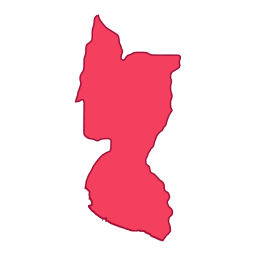 Ramón Santana, San Pedro de Macorís, Dominican Republic (Equal Earth projection)
{"feature_id": "3306468B54245916691578", "entity_name": "Ramón Santana", "entity_type": "district", "adm_level": 2, "iso_a3": "DOM", "parent_name": "Dominican Republic", "parent_adm1": "San Pedro de Macorís", "projection": "equal_earth", "projection_center": [-69.151, 18.515], "detail": "fine", "context": "isolated", "style": "filled", "palette": "rose", "viewbox_px": 256, "rotation_deg": 0, "n_neighbors": 0, "source": "geoboundaries", "source_scale": "gbopen_adm2", "svg_char_len": 5686}
<svg xmlns="http://www.w3.org/2000/svg" viewBox="0 0 256 256"><path d="M98.4,15.4L97.0,15.7L95.9,16.5L94.9,17.8L94.5,18.9L93.9,24.9L92.7,28.7L92.4,29.9L92.3,31.9L92.2,38.0L91.8,40.3L90.9,41.5L87.0,44.5L86.3,45.9L86.0,47.7L85.9,51.7L85.7,53.7L84.5,57.5L84.1,59.4L84.0,66.8L83.8,68.8L83.5,70.1L83.0,71.2L80.6,75.2L80.1,77.0L80.1,79.4L80.9,82.9L80.8,84.4L79.5,88.5L78.3,91.5L77.5,95.7L76.2,99.4L75.7,101.8L79.2,101.2L81.4,99.9L82.2,99.7L83.0,99.9L83.4,100.2L83.9,101.2L84.1,102.3L84.1,104.3L83.9,131.6L84.1,134.1L84.9,135.7L87.0,137.4L88.2,138.1L89.3,138.5L93.5,139.2L96.0,140.4L96.9,140.7L98.3,140.6L100.6,139.3L102.1,138.9L107.4,138.5L108.9,138.7L109.8,139.0L110.6,139.6L111.1,141.0L110.9,148.2L110.5,150.0L109.7,151.4L106.4,152.7L102.2,155.3L100.1,157.4L96.1,162.4L93.2,166.6L91.5,170.4L88.7,175.0L86.7,180.2L86.3,181.5L85.3,188.2L85.7,188.2L85.7,188.4L86.6,188.4L86.8,188.9L87.2,188.9L87.2,189.5L87.4,189.5L88.2,190.0L88.3,190.5L88.7,190.5L88.9,190.7L89.1,191.3L89.3,191.3L89.3,191.8L89.5,191.8L89.5,193.8L89.3,193.8L89.3,195.7L89.5,195.7L89.5,196.2L89.7,197.0L89.9,197.0L89.9,197.5L89.5,197.7L89.5,199.0L90.7,199.0L90.7,199.3L90.9,199.3L91.0,200.3L91.2,200.6L91.4,200.6L91.4,201.1L91.6,201.1L91.6,201.3L92.0,201.6L92.0,202.4L91.8,202.4L91.8,202.9L92.0,202.9L92.0,203.4L92.2,203.9L92.2,204.4L91.8,204.4L91.8,204.7L91.4,205.0L91.6,205.2L91.4,205.7L90.5,205.7L90.3,205.2L90.1,205.2L90.1,205.5L89.5,205.5L88.9,205.7L88.9,206.0L88.7,206.0L88.7,206.5L88.9,206.5L88.9,207.0L89.3,207.0L89.3,207.3L89.7,207.6L89.7,208.1L89.9,208.1L89.9,208.3L90.3,208.6L90.5,209.1L90.9,209.1L91.0,209.6L91.4,210.1L91.6,210.1L91.6,210.4L92.0,210.4L92.2,210.9L92.6,210.9L92.6,211.2L92.8,211.2L92.8,211.4L93.4,211.4L93.4,211.7L93.7,211.7L93.9,212.2L94.3,212.2L94.3,212.5L94.7,212.7L94.7,213.0L95.1,213.0L95.3,213.5L95.5,213.5L95.5,213.8L95.9,213.8L96.0,214.3L96.6,214.3L96.8,214.8L97.2,214.8L97.2,215.0L97.8,215.0L97.8,215.3L98.2,215.3L98.2,215.6L98.5,215.8L98.5,216.1L98.7,216.3L99.5,216.3L99.7,216.9L100.1,216.9L100.1,217.1L100.7,217.1L100.7,217.4L101.4,217.4L101.4,217.9L101.8,217.9L101.8,218.1L102.2,218.1L102.2,218.4L103.0,218.4L103.0,218.7L103.2,218.4L103.9,218.4L103.9,218.7L104.3,218.7L104.3,218.9L104.7,218.9L104.7,218.7L104.9,218.7L105.1,218.1L106.2,218.1L106.2,218.4L106.4,218.4L106.4,219.2L106.2,219.2L106.2,219.4L105.9,219.7L105.9,220.7L106.1,220.7L106.1,221.0L108.0,221.0L108.2,221.5L108.9,221.8L108.9,222.0L109.3,222.0L109.3,222.3L109.7,222.3L109.7,222.5L110.3,222.5L110.3,222.8L110.7,222.8L110.7,223.1L111.1,223.1L111.1,223.3L111.6,223.3L111.6,223.6L112.4,223.6L112.4,223.8L113.0,223.8L113.0,224.1L113.7,224.1L113.7,224.4L114.3,224.4L114.3,224.6L115.1,224.6L115.1,224.9L115.7,224.9L115.7,225.1L116.4,225.1L116.4,225.4L117.0,225.4L117.0,225.6L117.8,225.6L117.8,225.9L118.4,225.9L118.4,226.2L119.1,226.2L119.1,226.4L119.9,226.4L119.9,226.7L120.7,226.7L120.7,226.9L121.4,226.9L121.4,227.2L122.2,227.2L122.2,227.5L122.8,227.5L123.6,227.7L123.6,228.0L124.3,228.0L125.1,228.2L125.1,228.5L125.9,228.5L126.6,228.7L126.6,229.0L127.4,229.0L127.4,229.3L128.2,229.3L128.2,229.5L129.7,229.8L129.7,230.0L130.5,230.0L130.5,230.3L131.3,230.3L131.3,230.6L132.8,230.6L132.8,230.8L137.0,230.8L137.0,230.6L137.8,230.6L137.8,230.3L139.5,230.3L139.5,230.6L139.9,230.6L139.9,230.8L140.3,230.8L140.3,231.1L143.2,231.1L143.2,230.8L143.6,230.8L143.6,231.1L144.2,231.1L144.2,231.3L144.5,231.3L144.5,231.6L145.3,231.8L145.3,232.1L145.7,232.1L145.7,232.4L146.1,232.4L146.1,232.6L146.5,232.6L146.5,232.9L147.0,232.9L147.0,233.1L147.6,233.1L147.6,233.4L148.2,233.4L148.2,233.7L149.3,233.9L149.3,234.2L149.9,234.2L149.9,234.4L150.3,234.4L150.5,235.0L150.9,235.0L151.1,235.2L151.1,235.7L151.3,235.7L151.3,236.0L151.8,236.0L152.4,236.2L152.4,236.5L153.0,236.5L153.0,236.8L153.8,236.8L153.8,237.0L154.4,237.0L154.4,237.3L154.9,237.3L154.9,237.5L155.5,237.5L155.5,237.8L156.1,237.8L156.1,238.1L156.7,238.1L156.7,238.3L157.2,238.3L157.2,238.6L157.8,238.6L157.8,238.8L158.4,238.8L158.4,239.1L159.0,239.1L159.0,239.3L159.6,239.3L159.6,239.6L160.3,239.6L160.3,239.9L161.1,239.9L161.1,240.1L161.9,240.1L161.9,240.4L162.6,240.4L162.6,240.6L162.8,240.6L164.1,238.6L166.7,235.1L168.4,233.8L170.4,231.1L170.2,227.3L169.8,225.6L168.8,223.0L168.6,221.8L168.5,220.0L168.9,218.2L169.3,217.3L170.3,216.2L171.6,215.1L172.1,214.3L172.4,213.2L172.4,212.1L172.3,210.9L171.6,209.4L170.7,208.2L169.3,207.1L168.7,206.4L167.3,203.2L167.3,201.7L168.0,200.3L169.1,198.5L169.5,197.5L169.5,196.5L169.3,195.5L168.4,193.3L167.8,192.5L165.7,191.4L164.8,190.4L164.4,188.9L164.0,184.7L163.6,183.7L163.0,182.7L162.0,181.6L160.4,180.6L159.2,179.5L154.6,174.5L153.7,173.9L151.3,172.8L150.6,172.2L150.0,170.7L149.6,167.8L149.2,166.8L148.7,166.0L147.2,165.1L146.2,164.0L145.8,162.3L145.7,160.4L146.0,158.6L147.3,156.1L148.1,153.4L148.6,152.5L149.4,151.5L150.9,148.8L153.0,146.6L153.5,145.8L154.4,142.0L156.6,136.2L157.9,134.1L159.4,132.4L162.6,129.9L162.8,128.9L163.5,127.6L165.6,125.3L166.2,123.9L166.8,121.1L168.7,115.8L169.6,114.2L172.0,110.5L170.8,107.6L170.5,105.1L170.5,103.2L170.6,101.3L170.9,100.1L171.8,97.6L172.0,96.0L171.8,94.3L170.8,91.1L170.5,89.1L170.6,85.7L171.5,81.5L170.6,77.5L170.6,75.1L171.1,73.4L172.3,71.8L178.4,68.1L179.1,67.4L179.5,66.6L179.8,65.2L179.3,63.0L179.3,61.9L179.4,60.9L180.3,58.2L180.2,56.6L179.6,55.7L178.3,55.2L152.4,55.1L150.5,54.7L147.6,53.1L146.1,52.6L142.8,52.4L136.2,52.4L133.5,52.9L131.1,54.3L127.9,55.4L126.4,56.6L125.0,59.1L124.4,59.7L123.2,60.1L122.3,60.0L121.5,59.4L121.3,58.9L121.0,57.3L121.4,55.0L122.4,52.3L122.5,50.7L121.4,48.5L120.7,45.6L119.4,43.2L118.8,38.1L118.5,36.8L118.1,35.8L116.7,34.3L106.8,28.1L105.5,26.9L102.6,23.6L100.0,20.0L98.9,17.7L98.4,15.4Z" fill="#f43f5e" stroke="#9f1239" stroke-width="1.5"/></svg>